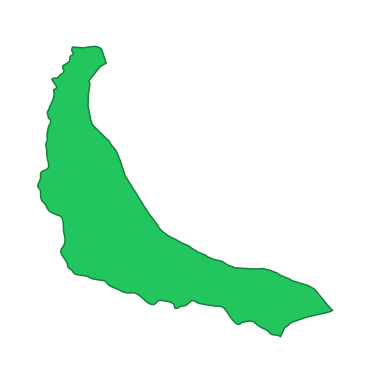 El Quetzal, San Marcos, Guatemala, rotated 97°
{"feature_id": "79465075B99595855877041", "entity_name": "El Quetzal", "entity_type": "district", "adm_level": 2, "iso_a3": "GTM", "parent_name": "Guatemala", "parent_adm1": "San Marcos", "projection": "natural_earth1", "projection_center": [-91.827, 14.794], "detail": "fine", "context": "isolated", "style": "filled", "palette": "green", "viewbox_px": 384, "rotation_deg": 97, "n_neighbors": 0, "source": "geoboundaries", "source_scale": "gbopen_adm2", "svg_char_len": 4376}
<svg xmlns="http://www.w3.org/2000/svg" viewBox="0 0 384 384"><g transform="rotate(97 192 192)"><path d="M216.1,341.4L217.3,340.8L218.8,340.1L219.9,339.0L220.9,337.6L222.5,336.0L223.4,335.2L225.0,334.4L226.4,333.2L227.5,332.3L228.4,331.3L229.1,329.8L229.9,327.7L230.9,324.1L231.4,322.0L231.9,320.1L232.4,319.0L234.3,317.4L236.5,316.5L239.3,315.9L247.4,314.5L249.8,313.6L252.2,312.7L253.6,312.4L255.4,312.2L257.0,312.1L258.5,312.2L260.1,312.6L261.5,313.3L262.9,313.9L263.9,314.4L265.1,314.8L266.1,315.0L267.2,315.1L268.0,314.8L269.4,314.0L272.0,312.0L275.5,308.9L277.1,307.7L278.7,307.0L281.1,306.2L281.9,305.7L282.7,304.6L283.8,302.9L284.3,301.8L285.1,300.9L286.2,300.1L287.2,298.9L287.8,297.8L288.1,295.3L288.2,294.1L288.3,290.8L288.2,288.9L288.3,286.9L288.5,285.5L289.4,283.4L290.0,281.1L290.3,279.5L290.6,275.8L290.6,272.0L290.7,270.3L290.7,268.7L291.0,267.7L291.6,266.5L293.2,264.8L294.6,263.1L295.6,260.9L296.6,257.3L297.4,254.6L298.4,251.7L299.5,248.6L299.8,247.4L300.0,245.7L300.0,243.9L299.6,241.0L299.2,237.3L299.3,235.9L299.8,234.5L301.2,231.5L303.3,228.2L306.0,224.6L307.6,221.7L308.2,219.9L308.5,218.4L308.5,217.3L308.2,215.7L306.7,214.2L305.2,213.2L304.4,212.5L303.5,211.3L303.4,209.9L303.4,206.4L303.6,202.9L303.8,201.1L304.0,199.8L304.5,198.5L305.0,197.3L305.8,196.3L306.8,195.8L308.2,195.3L309.2,195.1L309.5,193.7L309.0,192.1L308.2,191.2L307.3,189.9L306.8,188.9L306.3,187.6L306.1,186.5L305.6,184.9L304.9,183.9L304.3,183.1L303.5,182.4L302.3,181.4L301.4,180.7L300.7,180.0L300.1,179.1L299.7,178.1L299.8,176.2L300.5,174.7L301.3,172.9L301.8,171.1L302.1,166.5L302.3,161.1L302.4,154.7L302.2,152.8L302.1,151.0L302.1,149.8L302.2,148.6L302.7,147.3L303.6,145.7L305.5,143.8L308.1,141.5L311.0,139.2L314.2,136.0L315.9,134.0L316.8,132.5L317.5,131.3L317.8,129.9L317.3,128.4L316.6,127.7L315.7,126.8L315.1,126.0L314.6,124.1L313.7,121.4L313.2,119.7L313.0,118.2L313.0,117.2L313.1,116.1L313.4,114.8L314.2,113.6L315.5,111.7L317.2,108.7L318.3,106.1L319.0,103.6L319.6,102.0L320.4,100.3L321.6,98.6L323.1,96.8L323.8,95.1L323.8,92.8L323.8,90.1L323.9,88.8L324.7,86.6L315.9,83.6L311.8,79.8L309.2,77.2L308.0,74.7L302.7,63.9L301.1,59.9L299.2,54.6L297.0,48.4L295.5,44.2L294.1,40.9L292.5,38.1L288.5,42.8L274.1,57.9L272.8,60.2L270.7,65.5L268.8,76.1L267.7,82.5L266.8,83.7L264.4,92.1L264.0,93.7L263.7,94.7L262.0,97.7L261.2,101.5L260.3,104.0L259.4,112.4L260.9,121.4L262.0,139.8L260.1,147.7L257.2,153.5L256.1,162.6L254.4,168.8L253.3,170.2L250.9,178.6L248.2,184.8L246.1,188.2L243.7,196.2L241.0,202.7L239.6,207.3L237.9,211.0L236.3,213.9L234.6,216.8L232.3,219.6L229.6,221.8L228.3,222.6L226.2,224.9L223.0,227.7L221.4,229.5L218.9,232.0L214.3,235.8L209.5,239.8L202.5,245.3L195.3,251.3L189.4,256.0L183.7,260.5L170.2,266.7L160.5,272.2L158.0,274.7L157.0,275.8L154.0,278.8L151.8,280.2L148.9,284.2L141.5,293.7L140.0,295.8L139.2,297.0L138.1,298.2L136.6,299.4L135.2,300.1L133.8,300.7L132.7,301.3L119.1,305.7L108.2,306.7L97.1,306.5L94.6,307.8L90.2,305.5L78.6,298.3L74.6,292.8L72.9,293.7L66.2,296.8L62.5,298.6L61.0,299.4L60.2,300.9L59.4,303.1L59.3,306.2L61.1,314.0L62.1,317.0L62.7,328.3L63.9,328.5L65.1,328.6L66.1,328.7L67.3,328.0L68.2,326.9L69.4,326.6L71.0,327.9L71.5,328.9L72.5,329.5L73.7,329.6L74.8,329.5L76.1,329.4L76.9,329.5L79.1,331.3L81.8,334.9L82.7,335.6L83.7,335.7L84.7,335.6L86.4,334.3L87.2,333.8L88.8,333.9L89.9,334.8L90.4,335.6L91.1,336.5L92.5,337.7L93.7,338.1L94.8,339.0L95.3,339.8L95.6,341.3L95.8,342.7L96.0,343.7L97.0,344.7L97.9,344.4L99.1,343.4L100.6,342.1L102.5,340.4L103.2,339.7L104.4,339.1L106.0,339.7L106.8,341.0L107.5,341.8L110.0,341.2L111.1,340.8L113.2,340.7L116.5,341.1L119.1,341.8L122.8,343.0L124.1,343.5L125.8,343.9L127.4,344.2L129.8,345.1L130.7,345.3L132.1,344.9L133.4,344.4L134.6,343.9L135.5,343.8L136.3,343.2L137.1,342.2L137.8,341.3L138.6,340.9L139.8,340.7L140.8,340.9L142.2,341.5L143.2,341.9L144.3,342.3L146.6,342.6L151.4,342.9L154.1,342.8L155.5,342.5L156.6,342.0L158.6,342.0L160.4,342.6L161.9,342.8L163.1,342.8L164.1,342.7L166.0,341.9L168.7,341.1L171.8,340.8L173.9,340.4L176.1,339.7L177.8,339.1L180.4,338.2L181.4,338.0L182.5,337.6L184.1,337.4L185.1,337.5L186.0,337.9L186.9,338.8L188.2,340.4L189.1,341.9L189.6,343.2L191.4,344.5L192.6,344.6L194.5,344.3L195.3,344.1L196.4,344.0L198.0,344.2L199.5,344.5L200.8,344.9L202.5,345.6L204.1,345.9L204.9,345.9L206.8,344.6L207.9,343.4L208.7,342.7L211.5,342.2L213.9,341.8L216.1,341.4Z" fill="#22c55e" stroke="#15803d" stroke-width="1.5"/></g></svg>